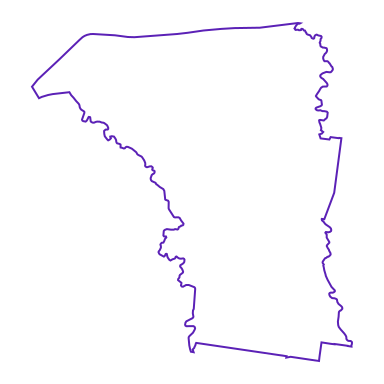 Moreland, Victoria, Australia (Robinson projection)
{"feature_id": "25037944B23324068897437", "entity_name": "Moreland", "entity_type": "district", "adm_level": 2, "iso_a3": "AUS", "parent_name": "Australia", "parent_adm1": "Victoria", "projection": "robinson", "projection_center": [144.955, -37.736], "detail": "fine", "context": "isolated", "style": "outline", "palette": "violet", "viewbox_px": 384, "rotation_deg": 0, "n_neighbors": 0, "source": "geoboundaries", "source_scale": "gbopen_adm2", "svg_char_len": 5947}
<svg xmlns="http://www.w3.org/2000/svg" viewBox="0 0 384 384"><path d="M39.0,98.2L41.8,96.9L48.1,95.0L52.7,94.1L69.4,92.2L71.2,95.2L73.6,97.8L76.1,101.0L78.8,103.9L79.4,105.1L79.8,107.4L80.4,108.6L81.2,109.6L84.0,111.4L84.4,112.0L84.3,113.1L82.0,119.6L82.3,120.5L83.1,121.1L85.6,121.6L85.9,121.4L86.5,120.9L87.3,119.7L88.5,117.2L88.8,116.9L89.4,117.0L90.0,117.1L90.2,117.4L90.7,121.3L91.3,122.0L92.6,122.6L93.9,122.7L96.1,121.8L97.4,121.6L99.7,121.7L101.7,122.5L103.4,122.7L104.3,123.1L106.9,125.1L107.3,125.7L108.2,127.7L108.2,128.9L107.7,129.5L105.6,129.6L104.2,130.8L104.1,131.5L104.3,134.0L104.8,136.3L107.2,139.4L108.1,140.3L108.4,140.3L109.9,139.4L110.9,138.3L110.8,137.9L110.2,136.9L110.2,136.6L111.8,136.2L114.0,136.6L115.4,138.6L116.1,140.1L116.3,141.8L116.6,142.7L117.1,143.3L119.4,143.9L120.4,144.4L120.6,144.8L120.5,146.9L120.6,147.5L121.8,147.7L123.9,148.5L124.9,148.2L125.6,147.3L126.5,146.8L127.9,146.9L131.9,148.7L136.3,152.3L137.3,154.2L138.2,154.9L141.4,156.5L142.1,157.2L144.2,160.4L145.2,162.9L145.3,164.4L145.1,165.8L145.5,166.5L146.1,166.9L146.8,167.2L147.6,167.1L149.7,166.4L151.3,166.3L152.4,167.1L152.8,167.9L152.2,169.3L152.3,169.7L152.5,170.1L153.0,170.4L153.9,170.6L154.6,171.2L154.6,172.0L154.5,172.6L154.2,173.2L153.5,173.8L152.6,174.2L151.7,175.1L150.7,178.0L150.7,179.0L151.0,180.0L151.8,181.1L155.5,182.8L156.3,184.3L157.1,184.7L159.8,187.0L163.3,189.1L164.3,190.9L165.2,199.4L165.5,199.8L168.1,200.7L168.7,201.9L168.6,208.0L168.7,208.7L169.1,209.5L173.9,217.0L174.9,217.4L178.3,217.3L179.2,217.7L179.7,218.0L181.1,220.5L183.5,223.6L183.3,224.8L182.8,225.3L181.1,225.7L180.8,226.2L178.9,227.1L178.3,228.9L177.6,229.5L175.1,229.1L173.7,229.7L171.2,229.7L166.9,229.1L165.0,229.8L164.2,230.4L163.8,231.0L163.7,231.7L163.4,235.5L163.7,236.0L164.1,236.4L166.0,236.5L166.3,237.5L165.0,238.9L164.3,240.9L163.4,242.6L161.7,242.8L160.7,243.9L160.4,244.7L160.9,246.0L160.9,247.7L159.7,250.2L158.8,251.3L158.5,252.1L159.1,253.6L159.8,254.4L163.9,256.6L164.7,256.0L165.7,254.0L166.2,253.8L166.8,254.0L167.4,256.7L167.9,257.8L169.4,259.9L170.5,260.5L172.5,259.3L174.7,258.6L175.4,257.8L175.7,256.8L176.4,256.5L176.8,256.7L177.6,257.5L179.3,258.5L180.9,258.7L183.2,258.4L184.1,258.9L184.5,259.7L184.3,261.7L184.0,262.5L182.8,263.7L180.4,265.2L180.1,266.1L180.3,266.8L181.7,268.4L182.4,269.7L183.1,271.6L183.0,272.4L182.7,272.8L180.0,274.9L179.6,275.6L179.4,277.5L178.1,279.2L178.1,280.2L181.4,282.8L181.4,283.7L181.1,284.6L181.0,285.5L181.6,286.3L182.0,286.6L183.0,286.7L186.1,285.0L188.8,285.0L194.4,287.2L195.0,288.0L195.2,288.9L193.8,308.3L193.7,309.1L193.0,310.4L192.8,313.2L193.4,316.6L193.3,317.1L192.6,318.1L186.4,321.3L185.5,322.6L185.1,324.7L185.4,325.6L186.3,326.2L192.9,326.1L193.6,326.2L194.6,326.9L195.1,328.2L194.8,329.4L193.0,332.7L189.5,336.0L188.8,337.0L188.6,337.9L189.3,345.4L190.1,349.2L190.9,351.7L193.6,352.2L192.7,349.5L194.2,347.9L194.7,346.5L195.3,345.5L195.8,343.6L196.2,342.9L286.6,356.2L286.3,357.6L290.6,356.8L319.0,361.0L319.5,356.7L321.5,342.4L330.6,343.8L334.6,344.3L334.6,344.0L347.7,345.8L347.7,346.0L351.5,346.6L351.4,345.3L351.9,344.0L352.0,342.6L351.8,341.9L350.7,341.0L348.6,340.9L348.0,340.7L347.1,340.0L346.4,338.9L346.3,336.9L345.7,335.5L344.2,333.4L340.7,329.5L338.8,327.0L338.2,325.1L337.9,321.6L338.6,316.7L338.9,312.2L339.1,311.7L339.8,310.9L341.0,310.3L342.3,308.8L342.3,308.0L342.1,307.2L341.3,306.2L338.5,303.9L338.1,303.2L337.4,302.1L336.9,299.5L336.3,299.0L334.6,298.3L332.1,298.1L330.2,296.6L329.5,295.2L329.3,294.4L329.3,293.5L329.9,292.9L330.8,292.6L332.7,292.7L333.9,292.2L334.8,291.4L334.8,290.4L331.5,286.9L327.6,279.8L325.8,275.8L325.6,274.7L324.3,270.3L323.7,267.0L323.3,265.6L323.8,264.5L322.8,263.2L322.6,262.6L322.7,261.8L323.2,260.9L324.8,258.6L325.3,258.1L326.4,257.8L327.4,256.8L328.5,256.7L329.8,255.6L330.6,254.6L330.5,253.2L329.1,250.6L328.9,249.7L327.9,248.3L326.8,246.2L326.8,245.7L327.0,245.2L329.3,242.7L329.3,242.0L326.7,237.6L326.7,234.6L326.1,233.6L325.7,233.4L325.4,232.6L325.9,232.0L328.3,232.3L329.9,231.9L331.0,231.1L331.2,230.5L331.2,229.6L330.9,228.5L329.8,227.2L326.0,224.6L325.0,223.7L323.6,221.8L322.0,220.4L321.7,219.1L321.8,218.9L324.3,219.2L334.2,192.8L341.4,138.2L339.1,137.9L338.8,138.2L330.6,137.1L329.4,139.5L320.6,138.4L319.3,134.4L321.8,133.6L323.2,132.0L320.9,130.2L321.2,129.6L321.3,127.7L320.0,123.6L319.5,122.7L319.1,120.5L319.3,120.1L320.1,119.9L323.8,120.5L325.5,118.9L326.4,118.4L327.2,116.8L327.7,112.7L327.0,111.8L326.6,111.6L324.0,111.1L322.4,111.1L320.2,110.2L318.9,110.5L317.1,110.3L316.3,109.8L315.6,109.0L315.6,108.5L315.8,108.1L316.4,107.6L320.4,106.2L321.6,105.4L321.9,104.6L321.4,100.8L321.1,100.2L318.7,99.3L316.2,96.6L315.9,96.0L316.8,94.4L319.2,90.9L320.1,89.2L321.1,87.7L322.8,86.6L326.7,86.5L327.3,85.8L327.5,85.2L327.5,84.6L327.2,83.7L326.6,82.8L323.2,79.0L321.4,77.9L320.8,77.3L320.3,76.5L320.2,75.9L320.4,75.2L321.1,74.5L322.5,73.4L325.8,72.1L326.4,71.9L329.6,72.3L330.7,72.2L331.4,71.6L332.5,70.2L332.8,69.6L332.8,68.5L332.2,66.9L331.5,66.4L329.5,63.2L329.0,62.9L328.2,61.7L327.3,61.2L324.5,61.2L324.0,60.6L323.6,59.8L323.2,58.5L323.2,56.9L324.8,53.9L325.8,53.1L326.5,52.2L327.0,51.0L327.1,50.2L326.9,49.0L326.5,48.2L324.1,47.6L322.9,47.6L320.7,46.4L320.3,45.0L320.3,43.9L319.7,42.8L320.5,40.8L320.6,39.1L321.5,37.9L321.6,36.8L321.0,36.0L318.2,35.4L316.9,34.7L316.3,34.7L315.1,35.4L314.6,36.2L314.3,37.0L314.3,37.9L314.1,38.3L313.6,38.7L312.6,38.5L311.7,38.0L311.3,36.9L310.1,35.3L307.5,34.5L306.8,34.0L306.4,33.5L306.2,32.5L305.7,32.2L305.0,30.6L303.8,30.4L302.8,29.1L301.8,28.8L301.2,29.1L301.0,30.0L300.1,30.2L298.9,30.2L298.0,29.7L295.5,29.9L295.0,29.2L295.3,29.2L294.8,28.4L294.8,27.8L295.9,25.9L297.2,24.3L298.1,23.7L299.5,23.7L300.2,23.3L298.0,23.0L259.9,27.7L234.5,28.1L221.3,28.9L203.5,30.5L187.6,32.8L177.1,34.0L134.4,37.2L127.9,37.0L115.0,35.3L93.1,34.0L90.4,34.1L87.0,34.9L84.6,35.9L82.5,37.2L79.2,40.2L59.3,59.4L37.7,79.6L32.0,86.7L39.0,98.2Z" fill="none" stroke="#5b21b6" stroke-width="2"/></svg>